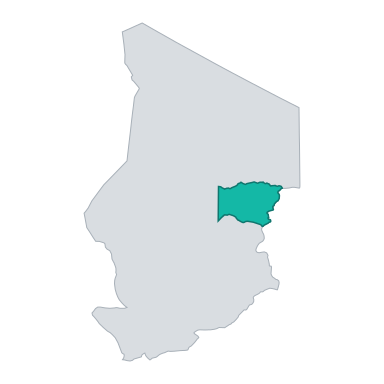 Wadi Fira highlighted on a map of Chad
{"feature_id": "TCD-1473", "entity_name": "Wadi Fira", "entity_type": "Prefecture", "adm_level": 1, "iso_a3": "TCD", "parent_name": "Chad", "parent_adm1": "", "projection": "orthographic", "projection_center": [21.824, 14.959], "detail": "fine", "context": "in_parent", "style": "filled", "palette": "teal", "viewbox_px": 384, "rotation_deg": 0, "n_neighbors": 0, "source": "natural_earth", "source_scale": "10m", "svg_char_len": 6656}
<svg xmlns="http://www.w3.org/2000/svg" viewBox="0 0 384 384"><path d="M299.0,107.6L299.1,117.1L299.2,126.5L299.3,136.0L299.5,145.5L299.6,154.9L299.7,164.4L299.8,173.9L299.9,183.3L299.9,186.5L299.7,187.7L299.6,187.9L299.2,188.1L294.3,187.3L292.2,187.3L289.2,188.0L284.8,188.4L282.0,188.3L280.0,189.9L278.5,191.9L279.3,196.6L279.1,198.2L278.5,199.8L277.2,201.2L275.9,202.3L275.1,203.3L274.1,205.4L273.4,206.4L273.4,207.7L273.2,209.1L272.4,209.9L270.3,210.4L269.0,211.0L268.0,212.1L267.3,212.8L267.6,213.8L268.2,215.1L268.5,217.2L268.7,218.5L269.7,219.5L270.3,220.2L270.5,221.0L269.9,221.8L267.4,223.3L266.4,223.9L265.3,224.7L264.8,225.0L263.0,226.4L262.1,227.7L261.6,228.8L261.7,230.2L262.6,232.4L263.6,234.3L264.0,235.7L264.2,237.3L264.2,238.7L263.6,240.0L262.7,241.2L259.2,243.3L257.5,245.7L256.2,248.6L255.8,250.2L256.2,251.2L256.9,252.1L258.0,252.6L259.5,252.7L262.0,252.2L264.3,251.9L266.7,252.9L268.0,255.4L267.5,257.1L268.5,260.3L269.3,264.2L269.3,265.5L269.6,266.0L271.2,266.2L271.5,267.1L271.0,273.9L271.8,275.8L272.8,277.2L274.0,277.9L275.2,278.8L275.8,279.4L277.1,279.6L278.7,280.8L279.1,282.4L279.0,284.0L278.1,287.5L277.4,289.8L276.5,289.7L274.7,289.1L272.5,288.6L269.8,288.2L267.2,289.2L264.4,290.4L263.5,291.3L262.7,291.8L261.5,291.8L260.4,291.9L259.8,292.8L258.7,293.7L254.7,295.7L253.8,296.5L253.3,297.2L253.3,298.0L253.8,299.6L253.7,301.6L252.8,303.2L251.8,304.3L250.6,304.7L249.6,304.9L249.0,305.6L246.8,309.3L245.9,310.0L244.1,309.9L238.7,315.4L238.2,317.0L236.3,319.3L233.8,321.9L231.6,323.1L231.4,323.6L230.8,324.1L229.4,324.6L224.7,327.7L219.1,327.5L216.6,328.7L214.1,329.3L210.6,329.8L209.5,329.8L205.0,330.0L199.6,329.8L197.6,330.2L195.6,331.4L194.2,332.4L194.0,332.8L194.2,333.2L194.2,333.5L197.9,336.1L198.8,337.4L197.9,338.6L197.4,338.8L196.7,339.8L194.5,342.6L191.2,346.0L189.4,347.0L188.8,347.6L187.9,349.8L187.3,350.1L185.0,350.4L180.4,350.6L174.2,351.2L170.4,351.4L168.1,351.1L164.8,352.6L163.6,353.0L162.9,353.1L159.6,354.5L156.8,356.8L155.9,357.3L152.1,358.2L150.5,359.7L149.8,359.9L147.4,357.7L145.8,355.7L145.0,353.7L144.9,353.1L144.4,353.2L143.1,354.0L141.9,355.0L141.3,356.9L137.4,358.0L134.0,359.0L132.5,360.3L130.1,361.0L127.1,360.6L124.8,360.0L122.5,359.7L123.6,358.1L124.0,356.8L124.2,355.3L124.0,354.2L122.7,353.6L121.8,352.8L119.9,347.8L118.0,342.8L115.2,337.7L112.2,334.5L110.0,332.5L109.3,332.2L108.1,331.5L107.3,331.0L103.3,327.5L99.2,323.5L98.1,321.8L96.0,319.1L93.7,316.4L92.5,315.2L92.0,313.0L93.7,311.1L95.5,308.6L97.7,307.1L100.5,307.1L105.0,307.9L109.9,308.3L114.9,307.9L116.1,307.6L117.4,307.7L120.0,308.3L124.6,308.3L127.0,307.4L124.5,305.6L121.8,302.8L119.3,299.8L117.8,297.0L116.4,293.5L115.2,289.2L114.5,283.6L114.7,280.4L115.2,278.2L116.6,274.6L115.8,272.4L116.0,270.7L115.9,268.1L115.5,266.8L113.9,262.5L113.5,262.0L112.0,259.0L111.5,254.0L109.8,250.7L107.0,249.1L105.4,247.1L104.9,243.7L103.9,242.8L99.4,241.4L95.7,241.3L93.1,237.4L89.9,232.3L86.8,227.6L85.1,218.4L84.1,213.2L85.5,211.6L88.2,208.0L91.8,201.0L99.7,190.3L103.8,184.8L111.8,176.6L121.5,166.6L127.0,160.9L128.2,150.3L129.5,139.1L130.5,130.7L131.6,120.6L132.6,112.3L133.4,106.2L134.4,97.6L135.1,95.9L139.0,89.2L139.3,88.3L138.6,87.2L133.7,81.3L132.1,80.0L131.3,76.9L132.7,75.3L126.9,65.5L125.5,64.2L124.8,63.0L124.8,61.3L125.0,54.6L123.9,44.1L122.3,31.9L129.6,28.7L135.1,26.2L142.2,23.0L148.5,26.6L157.6,31.8L166.8,37.0L176.0,42.2L185.3,47.3L194.6,52.4L203.9,57.5L213.2,62.6L222.6,67.7L232.1,72.8L241.6,77.8L251.0,82.8L260.6,87.8L270.1,92.8L279.7,97.8L289.3,102.7L299.0,107.6Z" fill="#d9dde1" stroke="#a8b0b8" stroke-width="1"/><path d="M282.3,188.2L281.8,188.2L281.2,188.6L279.9,190.2L278.3,191.2L278.0,191.7L277.8,192.4L278.0,193.0L278.3,193.5L278.8,194.0L279.2,194.6L279.4,195.3L279.4,196.0L279.2,198.5L279.0,198.9L278.1,200.6L278.0,200.8L277.3,201.1L276.8,201.4L276.4,201.7L274.6,203.7L274.3,204.1L274.2,204.6L274.2,205.0L274.1,205.4L273.7,205.8L272.9,206.3L272.8,206.6L272.8,207.1L272.9,208.3L273.1,208.7L273.4,209.4L273.4,209.5L273.3,209.8L273.1,210.0L269.0,211.1L268.1,211.6L267.3,212.2L266.9,213.0L267.4,213.7L268.0,214.2L268.2,214.5L268.5,216.8L268.6,217.0L268.7,217.3L268.3,217.5L268.2,217.6L268.0,218.0L268.1,218.4L268.3,218.9L268.5,219.2L268.8,219.4L270.0,219.6L270.4,219.8L270.6,220.2L270.7,220.9L270.7,221.5L270.4,221.9L269.9,222.1L269.3,222.2L268.9,222.4L268.1,223.2L267.7,223.4L264.4,225.0L263.9,225.4L263.4,225.9L263.2,226.2L262.6,226.3L262.3,226.3L262.0,226.2L261.8,226.0L261.3,225.2L261.2,225.1L260.3,224.5L253.3,222.2L247.8,221.3L247.5,221.3L246.3,221.4L245.7,221.5L244.7,222.0L244.2,222.3L243.6,222.5L243.4,222.5L243.0,222.5L242.3,222.3L240.3,221.3L238.8,220.3L238.7,220.3L238.4,220.3L238.2,220.3L238.1,220.2L236.8,218.8L236.3,218.2L235.8,217.2L235.7,217.0L235.6,216.9L235.0,216.7L234.9,216.6L234.7,216.5L234.4,216.2L234.2,216.1L233.8,216.0L233.7,215.9L233.4,215.7L229.8,214.5L229.6,214.4L229.4,214.4L228.5,214.5L228.4,214.6L227.3,215.1L227.2,215.1L226.8,215.1L226.1,214.9L225.9,214.9L225.7,215.0L225.4,215.0L225.2,215.0L225.0,214.9L224.9,214.9L224.5,214.9L224.3,214.9L224.2,215.0L223.9,215.5L223.7,215.7L223.2,215.8L223.1,216.0L223.0,216.3L222.7,216.5L221.5,217.5L218.2,221.0L218.5,186.5L220.2,186.7L220.8,186.9L221.2,187.1L222.2,187.9L224.2,188.8L224.5,188.9L224.6,189.0L224.7,188.9L225.7,188.7L226.5,188.3L228.4,188.1L228.6,188.1L228.9,188.3L229.2,188.4L229.7,188.6L229.9,188.6L230.1,188.6L230.5,188.5L230.7,188.4L231.3,188.0L232.0,187.6L235.5,186.2L236.8,185.4L237.1,185.1L237.4,184.8L237.8,184.1L238.0,183.8L238.1,183.7L238.5,183.5L239.7,183.2L240.1,183.0L240.5,182.5L240.8,182.3L241.1,182.3L241.3,182.4L242.7,183.4L245.0,184.3L245.4,184.4L245.5,184.4L246.7,183.7L246.9,183.6L252.1,182.5L253.2,182.2L253.9,182.0L254.1,182.0L254.4,182.0L254.5,182.1L256.2,182.7L257.2,183.1L257.5,183.2L257.8,183.2L258.7,182.8L259.2,182.5L259.8,182.3L260.6,182.2L261.3,182.2L261.8,182.3L262.3,182.5L262.4,182.4L262.5,182.4L262.8,182.1L263.0,182.0L263.7,182.6L264.5,183.3L264.9,183.5L265.1,183.5L265.4,183.6L265.6,183.6L265.8,183.6L266.2,183.4L266.3,183.4L266.5,183.2L266.8,183.1L267.0,183.1L267.3,183.3L267.5,183.5L267.9,183.6L268.2,183.7L269.0,183.9L269.1,184.0L269.3,184.5L269.5,184.7L269.6,184.8L269.8,184.9L269.9,185.0L270.0,185.3L270.2,185.5L270.3,185.5L270.4,185.8L270.5,185.9L270.7,186.0L270.9,186.0L271.0,186.0L271.4,185.8L271.5,185.8L272.4,185.7L273.1,185.6L273.5,185.6L274.1,185.6L274.3,185.6L274.7,185.5L274.9,185.4L275.1,185.4L275.3,185.5L275.7,185.8L275.8,185.9L276.5,186.0L276.8,186.2L277.1,186.3L277.3,186.3L277.5,186.3L277.7,186.2L278.1,186.1L278.5,185.9L279.0,185.8L279.3,185.8L279.8,185.9L281.0,186.3L281.2,186.5L281.3,186.5L282.3,188.1L282.3,188.2Z" fill="#14b8a6" stroke="#0f766e" stroke-width="1.5"/></svg>